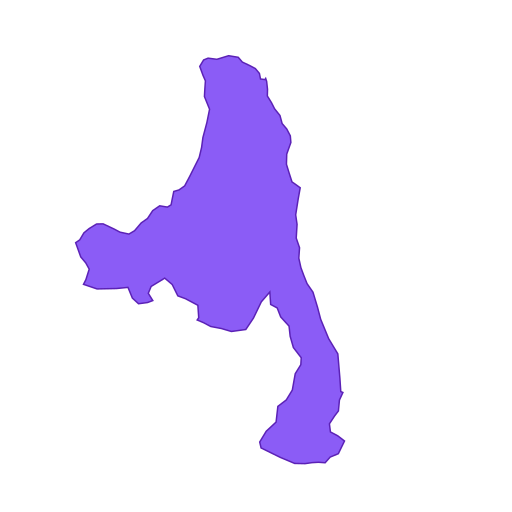 Gislaved, Jönköping, Sweden, rotated 118°
{"feature_id": "70781695B29714549657152", "entity_name": "Gislaved", "entity_type": "district", "adm_level": 2, "iso_a3": "SWE", "parent_name": "Sweden", "parent_adm1": "Jönköping", "projection": "natural_earth1", "projection_center": [13.556, 57.316], "detail": "fine", "context": "isolated", "style": "filled", "palette": "violet", "viewbox_px": 512, "rotation_deg": 118, "n_neighbors": 0, "source": "geoboundaries", "source_scale": "gbopen_adm2", "svg_char_len": 1811}
<svg xmlns="http://www.w3.org/2000/svg" viewBox="0 0 512 512"><g transform="rotate(118 256 256)"><path d="M328.9,421.5L339.1,410.3L342.0,403.1L345.9,397.1L356.7,395.1L362.0,395.0L359.7,380.9L350.2,363.9L343.8,354.3L351.2,345.4L353.3,337.3L348.0,329.9L343.8,326.2L339.5,333.6L332.1,334.3L318.4,326.2L320.5,316.6L327.9,306.3L326.8,298.2L326.8,284.2L337.4,277.6L340.1,277.9L339.5,270.9L339.5,262.9L336.3,252.6L334.2,242.3L325.7,230.5L312.0,229.1L294.0,229.8L281.3,226.9L291.9,220.3L291.9,212.9L298.2,205.6L302.4,193.9L310.9,188.1L319.3,180.0L324.6,168.3L330.9,165.4L341.5,166.1L357.3,161.0L368.9,161.7L378.5,166.1L393.2,160.3L405.9,164.7L418.5,165.4L423.1,161.4L422.4,139.9L421.0,124.5L416.3,115.2L412.2,109.6L408.8,104.0L406.1,97.9L398.7,96.1L391.9,90.5L377.8,91.0L376.4,99.3L376.4,107.7L369.7,112.4L360.2,111.5L354.1,110.5L344.0,114.7L335.7,115.2L335.9,117.5L324.3,124.7L304.0,137.8L294.9,153.0L281.5,169.2L272.4,177.6L261.2,188.7L256.4,198.0L250.8,204.6L245.2,210.9L237.8,217.2L228.3,221.4L221.3,228.9L208.8,234.6L201.0,240.3L186.2,245.4L175.0,249.0L174.1,255.4L173.7,259.0L166.7,266.2L160.7,272.2L151.6,276.7L139.4,278.5L133.8,282.1L129.4,288.5L126.8,295.1L120.7,300.8L117.3,308.7L113.3,314.4L109.4,321.1L103.4,324.1L96.8,328.6L94.7,330.8L96.0,330.9L97.6,335.1L93.2,338.7L90.8,344.6L90.8,350.7L91.2,359.1L89.5,363.4L88.9,365.0L92.0,374.2L100.7,382.9L103.8,391.2L107.5,394.3L115.0,394.7L121.3,387.7L125.1,382.9L133.8,379.0L139.4,376.4L148.2,365.9L161.3,362.0L176.3,358.5L185.7,355.0L195.7,352.4L217.0,351.9L227.6,351.9L233.8,355.0L237.6,358.9L245.1,356.7L250.7,355.0L254.4,357.2L256.9,364.6L264.4,368.5L273.8,369.4L280.7,372.9L290.7,375.1L296.3,378.5L298.8,387.3L298.8,393.8L299.4,406.1L302.6,411.8L310.1,416.2L316.3,418.8L324.5,419.2L328.9,421.5Z" fill="#8b5cf6" stroke="#5b21b6" stroke-width="1.5"/></g></svg>